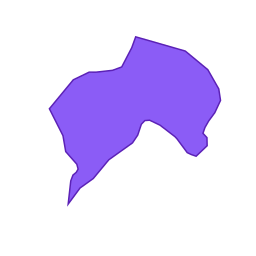 SVG path tracing the border of Podvelka, rotated 19°
{"feature_id": "SVN-214", "entity_name": "Podvelka", "entity_type": "Municipality", "adm_level": 1, "iso_a3": "SVN", "parent_name": "Slovenia", "parent_adm1": "", "projection": "albers", "projection_center": [15.369, 46.578], "detail": "fine", "context": "isolated", "style": "filled", "palette": "violet", "viewbox_px": 256, "rotation_deg": 19, "n_neighbors": 0, "source": "natural_earth", "source_scale": "10m", "svg_char_len": 636}
<svg xmlns="http://www.w3.org/2000/svg" viewBox="0 0 256 256"><g transform="rotate(19 128 128)"><path d="M157.1,36.6L184.5,46.9L201.1,61.5L206.5,71.8L205.1,85.2L202.0,95.1L200.6,102.5L200.6,108.6L205.8,111.4L208.6,119.0L201.6,132.5L196.4,132.5L192.0,132.0L177.7,122.2L175.2,120.9L157.3,114.9L145.9,113.6L141.5,115.5L139.4,120.1L139.5,131.6L137.1,140.6L120.2,164.3L111.6,187.1L102.2,200.3L96.2,219.4L91.1,196.6L91.3,190.4L93.5,186.8L94.2,183.1L91.4,178.9L76.8,170.6L69.0,156.4L47.4,135.4L60.6,100.2L73.1,87.8L79.4,85.7L94.6,78.5L102.2,72.3L105.4,50.9L105.6,39.3L157.1,36.6Z" fill="#8b5cf6" stroke="#5b21b6" stroke-width="1.5"/></g></svg>